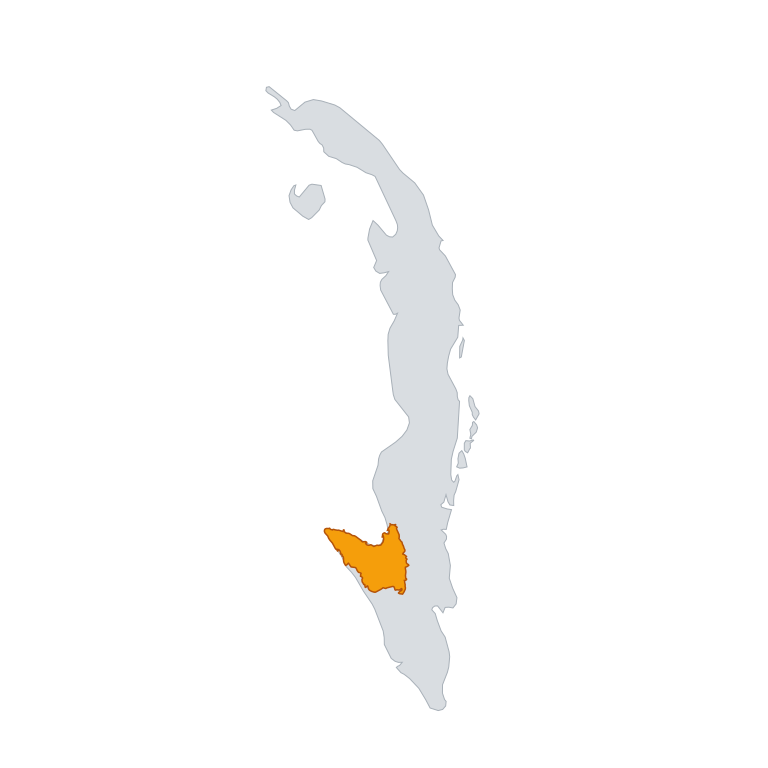 location of Granma within Cuba, rotated 64°
{"feature_id": "CUB-1366", "entity_name": "Granma", "entity_type": "Province", "adm_level": 1, "iso_a3": "CUB", "parent_name": "Cuba", "parent_adm1": "", "projection": "natural_earth1", "projection_center": [-76.9, 20.306], "detail": "fine", "context": "in_parent", "style": "filled", "palette": "amber", "viewbox_px": 768, "rotation_deg": 64, "n_neighbors": 0, "source": "natural_earth", "source_scale": "10m", "svg_char_len": 7516}
<svg xmlns="http://www.w3.org/2000/svg" viewBox="0 0 768 768"><g transform="rotate(64 384 384)"><path d="M247.0,267.6L262.4,270.9L274.9,269.9L280.9,268.0L280.4,270.0L285.8,274.9L287.8,275.2L295.9,272.7L317.0,271.8L319.2,273.2L322.8,277.9L328.2,280.8L333.8,283.1L339.6,283.6L345.4,282.6L350.9,283.1L357.6,287.7L359.8,288.3L365.9,287.0L364.1,291.2L374.3,297.2L381.8,308.8L387.2,313.6L393.0,317.9L397.9,320.8L403.3,322.2L420.0,321.6L423.9,322.0L427.4,323.6L430.7,324.3L432.7,323.7L464.7,341.8L474.9,351.5L481.2,356.5L494.7,363.7L500.1,365.3L502.9,364.4L502.4,362.8L498.4,358.8L497.8,357.3L502.9,358.5L512.1,366.7L514.6,369.7L519.2,372.5L523.8,374.6L521.6,377.8L517.9,378.1L510.7,376.8L516.4,382.0L517.4,385.8L520.0,386.2L524.0,382.0L526.5,378.4L536.6,387.6L542.0,391.8L540.6,394.2L540.2,396.6L546.2,394.4L548.5,394.6L550.8,395.9L553.2,399.8L558.9,400.7L564.6,400.6L576.2,403.9L587.2,410.5L597.6,411.8L608.0,412.1L613.3,415.6L615.5,420.2L613.0,423.6L611.6,427.0L615.5,431.3L607.0,433.1L605.8,435.7L606.3,438.4L607.9,440.0L612.8,438.6L619.8,439.8L630.9,440.9L638.3,440.0L653.3,442.9L657.9,444.5L666.8,449.9L671.0,453.5L679.9,463.2L687.5,467.0L694.2,467.9L696.5,467.3L700.4,469.7L702.2,473.9L701.3,478.4L695.4,484.6L686.0,484.9L672.7,486.1L660.0,490.1L653.7,493.2L650.9,495.3L644.2,497.2L643.7,495.5L643.8,493.5L642.1,489.6L640.5,493.1L638.1,495.6L633.8,497.8L618.3,497.9L612.1,495.0L605.6,493.0L582.3,491.0L576.7,491.1L561.1,493.3L545.4,494.4L538.8,495.8L532.3,497.8L519.7,497.7L504.8,500.0L489.8,500.4L499.4,484.5L519.6,469.1L523.4,465.8L526.2,461.6L526.8,458.4L525.9,455.6L521.1,450.8L520.1,447.3L518.7,444.9L511.7,442.9L504.6,441.7L497.2,441.7L481.5,440.0L473.2,439.9L466.1,436.6L454.4,425.0L449.0,421.7L446.2,419.1L444.0,416.1L441.3,399.0L439.0,390.7L435.4,383.6L430.1,378.2L424.4,376.3L402.7,381.0L397.7,380.3L392.8,378.7L360.1,367.6L346.7,361.5L341.2,358.5L336.5,354.2L331.7,347.1L326.3,340.8L326.3,343.3L325.4,345.0L298.1,345.8L293.7,344.3L290.9,342.6L289.0,340.0L287.5,334.9L285.0,330.6L284.1,335.2L282.7,339.4L279.0,341.8L274.8,342.2L269.8,336.5L247.6,335.4L245.7,334.4L238.4,329.0L232.3,322.2L238.5,319.8L251.3,316.6L254.1,314.5L255.7,311.8L254.6,307.8L252.1,304.9L249.5,303.2L246.6,302.1L242.8,301.7L193.5,301.0L190.6,303.1L186.2,307.6L177.3,313.3L171.5,319.2L169.3,322.3L166.6,324.5L160.5,328.1L155.2,333.8L148.9,336.3L145.5,334.8L142.1,334.8L139.6,336.2L137.1,336.8L124.4,337.5L122.5,338.9L120.6,343.0L118.5,350.9L116.5,353.5L110.1,354.5L104.0,356.6L91.6,364.2L88.4,365.2L89.2,359.7L88.6,354.4L85.2,354.2L81.2,355.1L77.9,356.6L71.7,360.6L68.6,361.6L65.8,359.6L66.4,356.9L86.9,347.3L89.2,346.6L92.8,347.3L96.3,347.0L99.1,344.3L96.0,331.5L97.4,322.8L102.2,316.1L111.7,305.9L116.3,302.6L163.1,281.4L167.8,280.3L198.0,276.0L202.7,274.5L216.7,268.2L231.5,265.7L247.0,267.6ZM203.1,379.6L197.6,383.4L185.8,388.6L179.5,388.8L173.1,386.8L168.8,382.4L166.3,378.1L166.5,376.0L170.5,379.5L173.9,381.2L176.7,380.1L178.8,378.2L172.5,364.2L172.8,361.2L178.0,353.5L191.9,355.9L194.3,357.2L196.2,362.1L199.2,365.9L202.8,376.1L203.1,379.6ZM436.1,310.6L444.2,312.1L449.7,310.9L452.5,311.6L456.5,317.4L453.0,318.1L450.2,318.1L448.2,317.1L440.9,316.8L436.1,315.1L433.5,313.7L432.2,311.9L436.1,310.6ZM492.8,352.9L490.3,355.0L487.7,351.9L483.6,350.3L479.1,346.9L478.0,343.3L481.8,343.0L486.5,343.6L494.9,345.7L494.1,349.7L492.8,352.9ZM471.6,329.4L470.4,330.6L467.2,328.0L462.6,326.8L459.9,322.7L457.3,321.2L457.1,319.7L461.4,318.7L464.4,319.1L467.7,322.2L469.6,327.9L471.6,329.4ZM480.3,340.5L478.4,340.7L472.5,337.8L470.8,335.3L472.8,332.0L473.3,328.4L474.1,328.2L475.0,332.5L479.5,334.4L479.8,335.3L482.5,339.0L480.3,340.5ZM393.6,302.7L393.7,304.6L383.4,299.4L379.0,294.0L377.2,292.8L380.1,292.7L393.6,302.7Z" fill="#d9dde1" stroke="#a8b0b8" stroke-width="1"/><path d="M530.2,498.1L527.1,498.3L525.6,498.0L522.6,496.7L521.1,496.4L520.3,497.1L519.9,497.1L519.4,496.6L518.8,496.5L518.2,496.8L517.8,497.5L516.3,496.9L514.6,496.8L513.1,497.2L512.1,498.5L513.7,498.5L513.7,499.0L512.7,499.0L511.0,499.8L509.9,499.9L504.4,500.1L500.6,501.1L498.5,501.4L496.0,501.2L492.3,502.3L491.2,502.3L490.4,502.2L489.6,501.8L488.9,501.2L488.5,500.4L488.6,499.1L489.7,496.8L489.8,496.1L490.2,496.0L491.0,495.9L491.4,495.6L491.8,495.2L492.2,494.5L492.6,494.2L492.4,493.4L492.7,492.9L493.8,491.7L495.2,489.7L495.3,489.3L495.5,488.8L498.3,485.9L498.2,485.3L497.4,484.4L497.5,484.0L498.0,484.0L499.6,484.6L500.2,484.0L501.3,483.6L501.6,483.3L501.8,482.9L502.8,481.1L503.8,480.3L506.4,478.8L507.4,477.2L508.5,476.3L514.5,473.2L515.6,473.0L516.5,472.4L517.4,469.9L518.3,469.1L518.5,469.0L519.1,469.1L518.7,469.9L519.1,470.3L519.8,470.3L520.7,470.1L521.5,469.5L522.2,468.6L522.6,467.6L522.7,466.4L523.1,466.0L525.6,464.3L525.8,460.9L526.2,460.4L526.6,460.0L527.4,457.5L525.6,454.2L525.0,453.6L523.4,452.4L521.3,451.5L520.7,451.4L521.1,452.2L520.7,452.7L519.6,451.8L518.7,451.3L518.1,450.6L517.9,449.1L518.1,448.6L518.5,448.3L519.1,448.1L519.5,447.8L520.7,445.9L520.7,445.4L518.6,443.9L517.4,443.7L517.0,445.0L515.8,443.7L514.8,441.9L513.6,440.3L512.4,439.8L512.6,439.6L513.5,439.2L513.8,439.0L513.9,438.8L514.0,438.7L514.1,438.2L514.3,437.8L514.9,437.1L515.0,436.7L515.2,436.3L515.2,435.6L515.4,435.2L515.6,435.2L515.9,435.6L516.2,436.2L516.4,436.2L516.8,436.0L517.7,435.3L518.2,435.1L518.6,435.1L518.8,435.5L518.9,435.9L520.3,436.3L526.1,436.5L528.3,437.4L529.1,438.1L529.5,438.3L530.1,438.2L531.0,437.9L531.8,437.9L532.7,437.7L534.0,437.2L536.5,437.7L537.0,437.6L538.2,437.6L540.7,438.0L542.0,437.9L542.9,438.2L543.5,438.7L544.6,441.3L545.2,441.6L546.2,440.7L546.4,440.5L548.8,439.4L549.1,440.0L549.3,440.3L549.7,440.6L550.1,440.7L550.7,440.4L551.3,440.1L551.5,440.1L552.2,441.3L552.6,441.6L553.1,441.8L553.9,442.1L554.4,442.2L555.0,442.3L555.6,442.1L557.1,441.2L557.8,441.2L558.1,442.4L558.2,442.9L558.2,443.7L558.1,444.8L558.1,445.1L558.4,445.3L559.0,445.6L561.7,446.4L562.8,446.9L565.6,448.7L567.6,449.4L568.1,449.7L568.3,449.7L568.5,449.6L568.7,449.4L568.8,449.3L569.0,449.2L569.2,449.3L569.4,449.3L569.6,449.5L569.8,450.0L569.9,450.4L569.5,451.8L570.3,451.9L571.6,452.5L573.1,452.8L573.8,453.0L575.0,453.7L576.6,454.1L577.1,454.4L577.8,454.9L579.5,456.9L581.0,459.4L579.4,461.8L578.6,462.5L578.2,462.6L577.9,462.3L577.7,461.3L577.4,460.7L577.3,460.3L577.3,459.9L577.3,459.4L577.3,459.0L577.2,458.6L576.9,458.2L576.3,457.8L575.9,457.8L575.6,457.9L575.5,458.2L575.8,459.6L575.8,460.2L575.7,460.8L575.5,461.3L575.2,461.7L574.9,462.1L574.6,462.4L574.5,462.7L574.5,463.4L574.4,463.7L574.2,464.2L573.9,464.3L573.4,464.3L572.1,464.0L571.5,464.0L570.6,464.0L570.1,464.4L569.7,465.1L568.5,470.8L568.5,471.1L568.5,471.3L568.6,472.0L567.7,473.1L567.1,473.7L566.8,474.0L566.7,474.3L566.9,474.8L567.2,476.9L567.4,482.8L566.8,484.1L565.1,485.9L564.2,486.6L563.4,487.1L562.7,487.5L562.1,487.6L561.7,487.7L560.3,487.6L558.6,487.2L558.2,487.5L558.3,488.1L558.8,489.5L558.7,489.8L558.3,490.0L556.6,489.5L556.1,489.3L555.8,489.2L555.7,489.3L555.5,489.9L555.3,490.1L553.9,490.1L552.8,490.3L552.3,490.3L552.0,490.2L551.9,490.2L551.6,490.1L550.7,489.8L550.2,489.6L549.8,489.3L549.3,488.6L548.9,488.3L548.6,488.3L547.5,488.6L547.1,488.8L546.9,488.9L546.8,489.2L546.6,489.4L546.4,489.4L546.2,489.3L546.0,489.1L545.9,488.9L545.7,488.9L545.3,488.7L545.1,488.6L544.9,488.3L544.7,488.2L544.1,487.6L543.2,488.2L542.2,489.4L541.6,489.6L540.7,489.8L539.4,489.9L538.6,489.8L537.1,489.9L536.7,490.0L536.4,490.2L534.2,493.5L533.9,493.8L533.4,493.9L530.0,494.4L529.5,494.5L529.5,495.0L529.7,495.3L530.2,496.5L530.2,498.1Z" fill="#f59e0b" stroke="#b45309" stroke-width="1.5"/></g></svg>